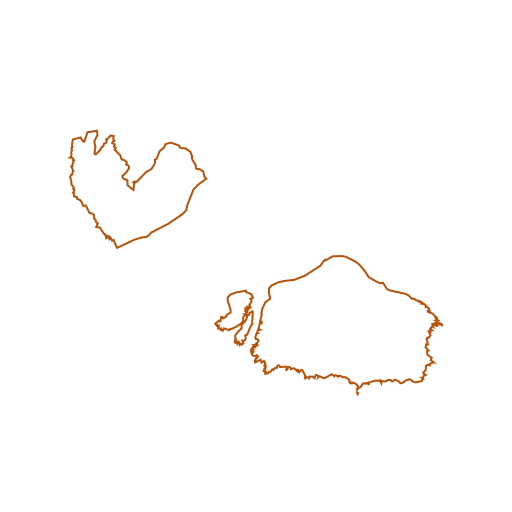 Klungkung, Bali, Indonesia, rotated 335°
{"feature_id": "22746128B73073409478343", "entity_name": "Klungkung", "entity_type": "district", "adm_level": 2, "iso_a3": "IDN", "parent_name": "Indonesia", "parent_adm1": "Bali", "projection": "mercator", "projection_center": [115.486, -8.64], "detail": "fine", "context": "isolated", "style": "outline", "palette": "amber", "viewbox_px": 512, "rotation_deg": 335, "n_neighbors": 0, "source": "geoboundaries", "source_scale": "gbopen_adm2", "svg_char_len": 6118}
<svg xmlns="http://www.w3.org/2000/svg" viewBox="0 0 512 512"><g transform="rotate(335 256 256)"><path d="M317.2,289.3L317.2,288.7L314.9,289.3L310.4,292.0L291.9,294.5L280.7,293.8L270.5,290.4L264.8,289.3L257.6,289.3L254.1,290.9L252.3,294.2L250.9,300.6L244.7,302.0L239.6,306.3L236.4,310.6L236.6,311.4L231.9,317.2L233.3,317.6L232.8,319.5L230.6,319.1L227.6,323.0L228.6,324.6L226.5,323.9L224.6,325.8L225.2,326.8L223.7,326.5L221.2,329.2L220.7,331.1L222.2,332.1L222.6,334.0L219.6,335.6L218.3,335.1L219.8,336.7L219.7,337.5L216.3,335.8L217.3,338.1L216.4,338.4L214.8,337.1L213.5,338.1L214.0,339.1L212.6,338.8L213.1,340.7L211.3,339.8L211.1,341.4L212.3,342.1L210.8,342.7L210.9,344.7L213.5,346.6L214.7,346.1L215.4,347.8L214.0,349.0L212.5,348.7L211.4,350.5L210.6,350.3L210.3,352.1L216.3,351.9L216.1,355.1L218.8,354.4L219.2,355.4L218.5,357.7L216.5,359.6L218.4,358.8L217.9,360.0L218.8,360.6L217.3,360.4L217.0,362.2L215.7,362.0L215.7,362.8L214.5,363.4L215.4,363.9L215.0,365.5L215.8,365.5L214.8,366.8L217.3,367.3L218.5,366.6L219.4,367.4L222.8,365.6L223.5,366.6L225.9,365.5L227.7,366.2L228.6,364.8L229.9,364.5L230.9,365.2L230.9,366.8L236.7,369.1L236.6,370.9L234.5,372.2L236.3,372.1L238.2,370.4L239.2,370.6L240.1,371.8L239.7,373.3L243.0,373.7L244.0,376.0L245.5,376.7L244.9,377.3L245.9,377.5L245.1,378.4L245.8,379.7L249.1,378.5L249.8,379.1L250.1,386.2L248.9,386.6L248.9,387.9L250.5,387.3L252.2,388.1L252.5,389.2L253.7,387.9L256.4,389.3L257.5,391.5L259.3,389.5L260.8,389.4L261.9,391.7L261.3,392.3L262.8,391.9L266.1,395.7L274.7,395.2L276.1,398.1L276.7,397.5L278.0,397.8L279.3,399.9L279.6,399.3L282.1,400.5L283.1,402.4L285.5,403.4L288.2,407.2L287.5,409.6L288.4,409.9L287.6,411.1L289.2,412.1L290.3,411.7L292.3,413.8L293.4,417.0L292.8,418.8L295.1,419.1L299.5,416.7L301.8,418.3L302.8,417.8L303.8,418.4L303.6,420.5L304.9,418.4L312.0,419.5L315.0,421.4L315.8,421.0L315.8,424.2L317.2,422.4L319.9,424.4L323.0,424.1L325.6,425.3L326.3,427.3L329.6,426.8L332.2,429.6L333.2,432.4L336.0,433.0L338.8,432.0L342.6,432.5L343.9,433.3L345.3,436.3L347.2,438.0L353.4,439.4L354.5,438.2L355.4,438.3L354.7,436.3L356.2,436.8L358.3,434.7L359.2,434.9L357.7,432.5L358.3,432.9L358.3,432.3L361.5,431.2L363.7,427.4L365.7,427.1L367.2,428.4L367.4,427.5L368.8,427.1L369.8,427.5L370.9,427.0L372.2,427.7L370.4,424.1L372.2,422.6L369.7,417.9L370.8,414.5L372.4,414.6L371.1,410.5L372.7,408.3L374.4,408.8L374.0,407.5L375.0,407.0L375.7,403.0L376.8,402.4L378.0,403.2L380.7,401.5L380.7,397.4L382.1,398.6L382.7,396.7L384.1,397.5L383.3,395.6L386.0,394.1L386.7,395.2L387.1,392.1L389.4,392.6L393.7,391.7L391.5,390.1L393.6,389.8L393.8,389.0L392.5,387.6L393.4,387.2L391.7,382.8L388.4,379.6L388.6,378.2L390.2,379.0L390.5,376.4L389.3,374.0L388.3,373.9L389.0,372.8L388.0,370.4L386.7,369.9L387.1,368.9L385.7,368.8L386.2,367.2L384.4,366.3L384.8,365.6L382.6,364.1L381.1,361.2L379.2,360.7L377.7,356.2L375.4,353.5L361.7,342.9L360.6,340.6L359.8,334.0L356.9,333.0L355.0,331.0L349.2,322.8L348.2,315.2L346.1,307.8L344.0,303.4L337.0,294.6L333.7,292.3L325.4,288.7L317.2,289.3ZM120.8,133.3L120.5,137.4L123.1,138.3L123.3,146.5L125.6,148.4L126.5,150.6L125.1,153.6L126.0,155.1L125.3,157.1L126.5,159.5L123.5,162.1L126.5,164.3L127.6,171.7L128.4,172.4L128.2,173.7L129.4,174.6L128.3,174.7L127.8,176.6L130.9,176.3L130.4,178.7L131.9,178.0L132.1,181.3L133.7,181.2L133.5,189.9L152.4,189.8L160.0,190.8L164.5,192.4L168.2,191.8L170.7,190.5L190.3,189.7L207.2,186.9L212.0,185.1L215.4,180.7L227.2,169.5L233.3,167.0L243.6,164.9L242.8,162.5L243.8,156.9L241.4,153.2L240.0,152.9L238.7,151.2L239.8,147.4L239.0,142.0L239.4,139.7L240.1,139.3L240.6,133.9L237.6,128.8L233.9,126.7L232.6,125.1L233.1,123.5L226.6,117.2L221.3,116.4L218.2,118.9L212.9,120.3L207.0,125.9L205.0,126.0L204.3,128.4L201.7,130.7L197.7,133.0L192.2,133.4L179.8,138.1L178.1,138.3L177.7,137.2L175.9,137.4L176.5,138.6L172.8,144.3L169.5,137.7L171.5,132.8L168.7,130.1L168.3,128.3L168.8,127.0L173.7,125.5L178.1,122.7L178.6,121.4L178.2,119.5L177.0,118.2L178.5,116.7L177.7,114.2L175.0,111.5L175.5,107.3L172.8,99.8L174.6,98.8L173.5,96.7L175.1,95.1L173.4,92.8L174.9,91.6L176.2,91.9L176.2,89.3L177.8,87.2L175.2,85.4L171.3,87.0L169.4,86.9L169.5,88.5L168.0,90.1L165.6,90.0L164.1,91.9L161.6,92.3L159.7,94.1L153.7,96.2L152.9,95.0L156.7,88.9L157.8,83.8L163.5,79.3L164.7,75.3L155.6,72.6L148.7,79.8L147.7,79.1L147.0,74.4L139.2,73.0L135.9,78.0L135.7,79.7L134.4,80.0L133.9,82.4L132.3,83.8L131.8,85.8L130.3,88.1L129.2,88.2L131.1,89.5L131.6,92.2L130.6,92.1L130.4,93.5L128.1,95.7L127.9,96.8L126.5,96.8L126.4,101.8L125.4,102.1L124.0,104.5L122.4,104.4L120.8,106.1L120.5,109.2L119.0,113.2L119.8,117.0L118.7,118.0L119.5,118.8L118.9,120.1L116.9,121.3L117.6,122.0L116.3,125.1L118.6,127.0L117.9,128.3L120.1,130.9L120.8,133.3ZM216.7,280.1L212.8,281.6L211.4,284.7L210.4,293.3L209.1,296.6L204.6,297.0L203.2,298.3L200.7,298.7L199.6,298.4L199.9,297.1L198.8,296.5L196.3,300.0L195.4,300.1L194.9,298.9L190.5,300.1L191.0,302.6L191.9,302.4L191.7,303.8L192.7,303.8L191.1,305.9L193.6,306.8L192.3,308.7L193.6,308.0L194.4,309.7L196.3,308.0L200.5,312.0L201.9,311.1L203.1,311.8L207.0,311.8L214.3,310.9L216.8,309.6L218.5,306.0L221.3,304.7L221.1,304.1L221.9,304.6L222.4,303.7L224.4,303.4L224.6,302.9L222.9,301.5L223.3,300.8L224.4,301.9L225.7,301.4L224.6,299.3L226.7,300.1L225.6,298.7L226.2,298.2L226.7,299.2L226.9,298.7L229.3,299.9L229.4,297.3L231.9,296.1L233.3,294.1L232.9,292.4L235.3,292.7L235.7,292.2L235.5,288.4L231.8,284.6L232.0,283.1L222.4,280.6L216.7,280.1ZM229.5,304.6L226.4,305.0L224.6,306.5L222.9,305.5L221.7,308.0L218.3,310.9L217.8,310.4L213.8,312.5L212.4,315.4L204.5,318.5L203.2,319.9L202.3,323.8L201.4,324.4L201.2,323.8L200.4,324.9L200.6,326.1L202.9,326.0L202.2,327.8L204.0,326.8L203.7,329.7L205.2,329.0L205.6,330.3L207.7,329.9L207.8,326.9L210.2,327.8L211.9,326.3L212.7,323.3L214.7,323.6L221.2,317.6L223.5,316.4L229.4,305.5L229.5,304.6ZM388.0,393.4L390.3,396.0L394.4,394.2L388.9,393.8L388.0,393.4ZM394.8,395.3L394.2,395.5L395.1,395.9L394.7,398.2L395.7,396.8L394.8,395.3ZM289.8,424.2L290.6,423.4L290.1,422.5L289.6,423.4L289.8,424.2ZM291.1,420.0L292.3,419.4L292.3,419.1L291.3,419.2L291.1,420.0ZM359.1,436.3L359.4,435.8L359.2,435.3L359.1,436.3Z" fill="none" stroke="#b45309" stroke-width="2"/></g></svg>